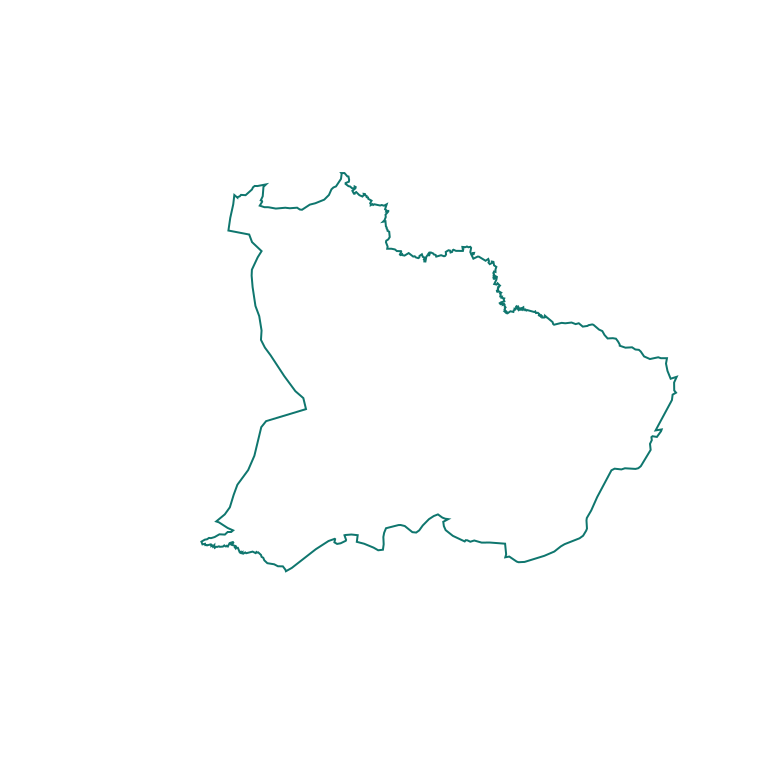 outline of Abuakwa South, Eastern, Ghana, rotated 233°
{"feature_id": "2480657B6434141016984", "entity_name": "Abuakwa South", "entity_type": "district", "adm_level": 2, "iso_a3": "GHA", "parent_name": "Ghana", "parent_adm1": "Eastern", "projection": "natural_earth1", "projection_center": [-0.472, 6.173], "detail": "fine", "context": "isolated", "style": "outline", "palette": "teal", "viewbox_px": 768, "rotation_deg": 233, "n_neighbors": 0, "source": "geoboundaries", "source_scale": "gbopen_adm2", "svg_char_len": 6166}
<svg xmlns="http://www.w3.org/2000/svg" viewBox="0 0 768 768"><g transform="rotate(233 384 384)"><path d="M213.6,622.1L215.7,616.1L223.9,618.3L230.6,621.5L234.3,625.5L237.9,620.7L240.3,619.1L243.9,611.4L249.5,608.3L255.5,608.6L257.9,608.1L260.3,605.5L264.0,604.2L267.7,598.7L272.7,595.3L273.7,596.0L277.2,596.5L280.6,596.5L282.9,594.3L285.8,590.0L290.5,589.6L294.9,590.2L298.0,588.5L305.2,586.9L306.3,586.1L307.9,582.7L307.9,581.5L310.2,577.3L315.3,576.1L316.5,573.1L320.2,570.8L323.4,565.3L325.9,562.7L329.0,555.5L330.1,555.2L332.0,555.9L340.9,553.8L340.2,553.5L341.3,552.9L340.6,552.1L341.9,550.3L343.1,550.9L343.4,550.0L344.5,550.8L345.1,550.2L345.0,549.2L345.7,549.0L346.5,550.1L348.3,549.7L349.2,548.1L350.9,548.5L351.0,547.4L356.8,542.9L356.9,542.1L358.2,541.9L358.1,541.1L359.0,541.0L359.4,540.2L361.4,541.4L361.5,540.3L360.6,539.5L361.9,539.4L362.4,538.3L360.9,538.1L361.9,536.8L361.9,536.0L362.7,536.0L363.2,536.8L363.9,535.9L364.4,537.6L365.2,537.7L365.1,536.5L366.3,536.6L366.3,536.2L364.8,535.9L365.4,535.1L365.2,534.3L365.6,533.7L364.5,533.3L364.8,532.0L363.7,530.7L366.0,528.7L366.1,525.4L367.0,525.4L367.0,524.4L368.7,524.1L368.2,524.8L368.5,525.3L370.7,524.8L371.2,525.9L372.0,526.2L372.1,527.2L374.0,527.3L374.8,528.1L375.4,528.1L375.7,526.8L376.2,527.5L377.6,525.1L378.9,525.1L378.8,526.6L377.6,529.9L379.5,530.5L380.0,531.5L382.3,529.7L382.9,530.8L384.0,529.6L385.2,531.0L386.3,531.1L386.4,532.5L388.9,531.5L389.0,530.5L389.7,529.9L390.6,530.3L390.7,531.9L391.9,532.5L392.0,533.5L392.7,533.5L392.8,535.8L396.1,535.3L395.6,533.8L397.5,532.2L399.6,536.4L401.6,538.6L403.2,537.9L401.9,536.9L401.6,535.4L402.0,535.0L403.2,535.5L402.9,536.3L404.9,536.9L405.4,538.0L406.8,538.1L407.6,539.6L406.4,540.5L408.4,542.0L409.9,544.2L412.5,543.3L415.7,544.9L416.9,543.8L415.7,542.9L416.1,540.6L418.1,540.5L418.9,541.8L421.1,542.5L421.3,539.3L428.6,536.4L429.4,535.5L430.3,530.8L434.6,531.6L433.7,533.7L434.5,534.8L435.2,533.7L435.1,532.1L435.6,531.9L437.4,532.3L440.3,535.5L441.6,535.5L442.4,533.7L443.9,533.0L444.2,531.5L446.3,529.1L444.4,528.1L444.0,528.5L442.8,527.1L447.0,521.6L449.4,520.3L449.5,519.4L448.5,517.9L449.0,516.3L450.8,517.0L452.0,516.0L452.3,512.8L450.1,511.5L449.5,510.0L449.9,508.8L452.5,507.1L454.3,502.4L456.0,502.9L457.6,501.7L458.5,501.9L460.8,500.6L461.7,499.3L461.3,497.7L460.8,497.5L460.4,498.8L459.6,497.6L460.7,496.2L460.1,494.3L456.9,490.8L457.6,490.0L458.4,490.8L459.4,490.7L460.4,492.6L462.2,491.5L464.8,492.3L464.9,489.4L463.8,488.3L463.9,487.1L466.0,485.6L467.5,485.4L468.2,484.0L473.7,482.5L474.2,477.7L475.9,476.2L476.7,476.6L477.0,474.8L477.8,474.6L479.2,477.3L479.9,477.5L482.4,474.3L484.9,473.7L487.6,471.3L490.1,468.0L491.6,469.6L496.1,470.9L497.1,472.1L496.9,474.4L497.9,477.0L502.5,479.8L504.3,479.0L505.2,479.7L506.5,479.6L507.5,480.4L508.6,480.3L513.1,483.1L514.2,480.9L514.5,483.0L516.3,485.9L518.3,487.1L519.2,491.2L519.6,491.5L520.5,489.6L521.1,490.5L522.9,490.0L525.9,494.3L526.4,491.3L528.3,489.9L528.9,488.3L533.3,484.5L533.5,483.1L534.5,483.1L534.8,481.0L535.9,481.9L536.7,481.8L537.9,484.4L541.3,482.9L542.6,483.5L543.6,482.6L544.7,483.3L545.8,482.6L547.2,483.1L548.1,482.2L547.1,481.7L546.7,479.6L549.6,478.0L554.0,477.3L554.1,476.0L553.6,475.1L554.1,474.5L557.3,475.0L557.5,478.9L558.3,479.9L559.4,479.4L558.0,478.2L559.5,476.3L562.1,475.8L563.4,474.7L566.9,473.7L567.6,474.3L566.7,477.7L568.0,479.0L571.1,480.5L571.9,479.7L576.2,479.4L578.2,476.8L577.5,476.8L573.7,473.1L570.7,464.6L571.4,461.9L571.1,459.2L568.1,453.8L567.2,447.2L569.7,437.9L571.9,432.7L572.5,423.4L574.0,421.8L577.1,420.7L581.0,414.6L584.2,411.2L589.2,403.2L594.7,398.1L597.2,394.9L601.2,392.1L602.9,396.4L603.9,396.7L604.8,396.1L606.9,400.1L614.0,406.4L614.4,409.9L618.3,402.0L620.0,399.9L619.9,397.7L618.8,395.6L618.1,387.1L621.1,383.6L620.7,381.7L621.4,379.5L621.0,379.1L625.0,378.2L618.2,371.7L609.2,361.2L600.2,352.1L584.5,366.3L576.7,364.0L563.8,366.2L561.2,359.4L554.8,347.3L550.2,343.5L540.5,337.4L523.7,328.3L513.3,325.2L500.4,318.4L493.3,312.3L484.8,310.8L475.1,310.7L450.5,309.1L431.6,308.9L421.3,311.1L410.9,306.6L425.3,267.5L423.4,260.0L404.7,237.3L397.0,223.7L391.8,206.3L386.0,197.3L378.3,186.7L375.7,178.4L375.2,167.3L372.9,168.9L363.1,172.5L357.9,175.4L357.8,172.9L359.9,170.1L359.5,166.3L363.0,162.1L363.7,156.6L365.0,153.1L366.4,151.6L366.5,149.2L367.5,147.3L368.0,143.3L365.2,142.5L364.1,144.9L362.9,144.3L362.1,145.6L361.6,145.6L360.5,148.4L359.7,148.6L359.9,149.3L358.8,149.6L358.3,148.8L357.9,149.9L357.1,149.6L357.4,151.4L356.1,150.3L355.0,150.2L355.1,151.9L354.3,152.7L353.7,154.5L352.8,154.9L351.1,157.5L351.2,159.3L349.8,159.6L349.3,160.2L349.4,161.1L348.2,161.5L349.7,164.7L348.7,165.1L349.5,166.0L348.7,168.2L348.0,168.2L347.0,165.7L344.0,167.9L343.3,167.5L343.3,166.6L341.9,166.6L342.4,167.8L341.8,167.7L341.1,168.7L336.5,167.5L336.2,168.6L335.4,168.1L335.0,169.8L334.1,168.8L333.2,169.5L333.0,171.8L331.8,172.1L329.2,178.2L326.2,179.7L326.6,181.0L325.7,181.2L325.3,182.2L321.5,182.9L319.6,182.2L317.9,183.0L315.2,182.3L311.1,183.0L306.1,187.8L302.3,189.6L299.2,193.5L295.0,193.5L293.5,193.0L292.6,199.7L293.1,230.1L292.0,245.2L290.0,251.5L289.5,251.6L287.4,249.1L284.5,250.3L282.9,253.5L281.8,259.1L282.3,259.9L287.0,261.4L286.7,262.2L283.4,267.4L279.1,272.0L274.3,267.3L268.4,272.0L259.6,277.2L254.7,279.3L252.3,283.4L256.2,287.3L262.2,291.4L265.1,294.6L267.6,298.8L262.6,310.7L261.4,312.4L258.1,315.1L248.6,317.5L246.0,320.3L245.9,324.0L247.7,329.8L249.0,338.6L248.6,344.3L247.4,348.6L242.2,350.2L239.6,351.8L237.4,354.0L238.3,348.4L234.5,346.3L230.2,345.3L221.3,347.6L209.7,353.7L210.1,355.2L209.0,356.5L206.1,358.0L204.7,361.9L198.6,366.5L193.7,373.1L183.6,384.6L174.4,379.0L172.6,376.6L170.8,380.2L162.3,383.1L160.7,384.2L157.3,389.2L150.3,408.6L147.7,419.2L147.9,427.5L147.4,431.8L143.1,447.3L143.0,451.7L145.2,457.2L146.4,459.1L153.2,463.6L154.9,465.3L158.3,473.4L165.4,486.2L178.2,513.7L177.6,517.2L172.9,522.2L171.7,525.7L164.8,533.8L163.7,536.4L163.8,539.6L170.9,557.3L176.1,560.4L178.0,564.1L180.6,565.6L180.7,567.0L177.5,570.1L179.6,576.9L180.6,578.4L183.5,573.0L197.9,604.3L201.8,608.1L201.3,612.0L204.2,611.9L210.6,616.6L213.6,622.1Z" fill="none" stroke="#0f766e" stroke-width="2"/></g></svg>